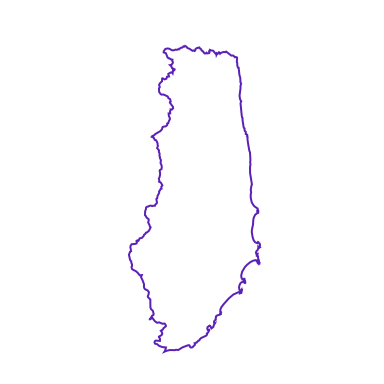 outline of Taolagnaro, Anosy, Madagascar, rotated 335°
{"feature_id": "10022922B85658862424992", "entity_name": "Taolagnaro", "entity_type": "district", "adm_level": 2, "iso_a3": "MDG", "parent_name": "Madagascar", "parent_adm1": "Anosy", "projection": "orthographic", "projection_center": [46.969, -24.588], "detail": "fine", "context": "isolated", "style": "outline", "palette": "violet", "viewbox_px": 384, "rotation_deg": 335, "n_neighbors": 0, "source": "geoboundaries", "source_scale": "gbopen_adm2", "svg_char_len": 6038}
<svg xmlns="http://www.w3.org/2000/svg" viewBox="0 0 384 384"><g transform="rotate(335 192 192)"><path d="M228.3,51.1L225.9,52.5L225.3,53.5L227.0,55.1L226.7,60.0L227.5,60.7L227.6,61.3L228.3,61.7L228.7,62.6L230.2,63.8L229.5,64.6L229.6,66.0L229.2,66.9L227.3,68.0L225.7,67.7L226.4,69.2L226.2,71.0L228.1,73.5L227.6,74.0L227.2,73.6L226.2,73.5L225.9,74.6L224.9,74.9L225.0,75.7L224.6,76.3L224.4,75.4L223.4,74.7L220.5,74.9L220.2,75.5L220.0,77.6L218.0,77.0L216.7,78.5L214.9,78.4L213.3,76.5L212.9,76.5L211.7,78.9L208.9,79.9L207.4,81.0L207.2,83.2L205.9,84.1L204.9,86.4L204.5,87.8L205.1,90.3L205.6,90.9L207.4,91.6L210.4,95.2L210.3,97.0L211.4,98.6L210.9,101.1L209.9,101.3L209.7,101.6L210.7,106.7L210.3,108.1L208.9,108.8L207.5,108.1L207.2,108.9L206.2,109.5L205.5,111.5L204.0,110.9L203.2,113.2L203.1,115.8L202.7,116.7L200.9,118.1L199.5,119.6L198.5,119.4L197.7,120.9L195.8,121.4L194.2,120.8L192.6,120.8L191.4,122.4L189.1,123.4L183.2,124.0L181.6,124.6L179.6,124.5L178.8,125.0L180.2,126.5L180.3,129.0L181.4,130.1L181.4,133.2L180.8,134.6L180.7,135.7L178.9,137.5L179.7,140.3L178.9,141.6L178.9,143.5L177.9,145.2L177.8,146.7L177.3,147.4L177.3,150.0L175.7,152.5L175.7,154.7L175.2,156.6L174.0,158.4L172.3,158.5L171.5,159.3L171.3,160.8L170.4,162.8L168.7,165.0L167.6,165.9L167.1,168.2L166.5,168.7L167.7,170.3L168.0,173.4L166.3,174.4L165.8,176.1L164.8,176.0L163.3,177.2L162.5,177.4L161.8,179.0L159.1,181.0L157.9,182.9L156.7,183.3L155.8,186.7L155.2,187.4L153.4,187.9L152.6,188.8L151.2,188.1L150.0,188.0L149.2,187.1L147.5,186.5L146.3,186.7L144.9,186.3L143.8,186.7L143.1,187.9L141.3,189.8L139.6,193.2L140.1,194.8L140.0,196.0L141.2,198.3L140.6,199.7L139.4,201.0L139.5,204.1L139.2,205.6L139.6,206.5L139.3,206.8L136.6,208.9L134.2,209.6L133.0,209.4L132.1,210.2L130.7,210.4L129.5,211.5L127.1,212.4L125.0,211.9L122.8,213.6L122.0,212.7L120.9,213.0L120.9,214.1L120.0,215.2L118.1,214.9L115.2,213.8L113.5,214.9L112.8,216.0L111.8,219.9L110.5,220.1L108.3,222.3L107.2,227.4L107.6,229.2L107.1,230.7L107.0,232.4L106.3,233.8L105.5,234.4L105.1,236.2L105.7,237.6L107.6,239.9L108.6,242.1L109.4,245.4L111.4,246.1L109.8,247.6L109.9,251.2L109.5,255.5L108.4,257.5L108.1,258.8L108.4,260.3L110.1,262.3L110.6,264.6L109.4,266.4L107.9,267.8L107.7,268.7L108.8,271.8L105.5,279.1L105.4,280.8L106.3,283.3L105.8,286.0L105.0,287.2L103.4,287.3L101.6,288.7L99.2,289.7L102.9,289.4L103.7,293.3L105.1,295.8L107.2,296.3L109.4,298.8L111.6,299.7L111.9,301.4L111.8,302.4L111.3,302.7L108.4,303.5L107.5,304.3L105.1,304.6L105.5,306.5L105.0,308.1L103.8,308.9L100.9,309.1L100.7,309.7L101.0,311.4L100.0,313.4L96.5,311.4L95.3,311.5L94.4,312.6L94.4,313.8L96.3,315.4L97.1,317.5L99.7,320.1L102.7,321.9L100.6,324.4L99.5,325.1L102.0,325.2L105.2,325.9L109.6,328.1L110.8,328.2L112.8,329.4L117.5,328.8L123.6,329.2L124.9,329.9L124.7,331.3L125.3,332.5L126.7,332.9L130.1,331.7L130.5,330.2L131.2,330.5L132.4,330.1L132.7,330.4L134.7,329.5L135.9,329.6L136.8,328.8L138.5,328.2L144.2,328.2L145.3,327.6L145.9,326.8L145.8,326.5L147.2,326.1L149.4,324.4L149.3,324.0L148.1,324.1L147.9,323.6L148.2,322.0L149.1,321.0L151.4,320.5L152.0,321.2L151.9,323.3L152.6,323.4L152.5,323.7L154.3,323.3L155.4,322.0L157.2,320.7L156.8,320.7L156.6,320.3L157.1,318.9L158.3,318.0L159.6,317.8L160.0,316.5L160.8,315.8L161.1,314.9L162.7,314.5L165.2,314.9L165.9,314.3L166.2,314.9L166.6,314.9L167.2,313.4L167.5,313.3L167.5,312.2L167.2,312.1L168.1,310.4L169.8,308.9L173.4,307.0L180.4,304.0L186.1,302.4L191.6,302.4L192.7,302.8L193.1,303.4L192.6,304.1L194.1,304.3L195.7,302.1L195.2,302.1L195.4,301.6L194.4,302.2L193.6,300.9L194.4,298.1L196.2,296.0L197.3,295.2L198.6,294.8L200.8,294.9L200.8,295.4L201.5,295.8L201.2,296.6L201.6,297.0L201.9,296.9L202.5,295.2L202.1,294.6L202.6,294.2L202.4,293.6L202.8,292.8L202.4,292.6L201.8,293.2L201.5,293.0L201.8,292.9L201.3,292.9L200.8,292.2L200.6,290.5L201.3,288.5L203.7,285.5L208.2,282.4L210.9,281.3L215.2,280.2L218.4,280.1L220.3,280.5L221.0,280.7L221.3,281.7L221.9,281.6L221.5,284.1L221.9,285.1L222.2,284.7L222.4,285.4L222.8,285.5L223.1,285.0L222.7,284.9L222.9,284.0L222.5,283.5L223.3,283.6L223.8,282.0L223.6,281.6L223.2,281.9L222.9,281.7L223.8,280.8L224.1,279.5L223.4,279.3L224.1,279.2L224.5,278.8L224.6,277.5L224.0,277.3L225.1,276.0L224.6,276.0L225.0,275.5L224.7,275.1L224.2,275.1L224.2,274.2L225.3,272.9L227.0,272.3L228.5,270.7L228.9,269.8L229.2,270.8L229.7,270.5L229.8,270.9L230.3,270.8L230.1,270.3L231.3,268.7L231.5,267.4L231.0,266.9L231.1,265.8L230.7,265.3L230.2,265.9L229.4,265.8L228.4,264.7L227.9,264.0L227.5,261.7L227.8,258.8L229.2,253.7L230.1,251.9L233.5,247.3L236.0,242.8L237.2,241.3L239.7,239.3L242.5,238.7L243.1,238.9L243.4,238.4L242.7,238.1L243.0,236.8L243.7,236.7L243.8,237.3L244.1,237.2L244.2,236.3L243.8,235.9L244.5,234.7L242.5,231.4L241.9,228.5L241.8,226.4L242.8,222.0L244.1,219.2L245.5,217.2L246.1,215.0L248.2,211.8L249.5,210.5L252.7,199.2L255.3,193.6L256.7,191.7L257.1,190.0L258.5,187.6L261.3,180.6L261.4,178.8L263.1,172.5L264.4,168.2L265.1,166.4L265.6,165.9L265.4,164.6L265.9,164.3L266.2,163.6L265.6,162.2L265.3,162.1L266.2,160.0L265.8,159.4L265.7,158.2L266.5,156.6L266.2,156.1L266.2,155.0L268.3,147.9L269.1,146.3L268.9,145.4L269.6,143.1L273.4,132.3L274.5,130.8L274.9,130.7L274.8,128.0L275.8,124.8L279.8,118.5L280.7,116.5L282.4,114.4L282.2,113.3L284.1,108.6L284.4,106.1L286.8,99.1L286.2,98.6L286.5,96.5L287.5,94.4L287.5,93.2L289.6,89.5L289.5,88.8L288.4,88.0L287.9,88.1L287.0,85.7L285.3,85.0L282.3,79.2L281.3,79.4L280.0,78.5L276.8,78.1L275.9,78.5L275.9,77.8L275.4,77.6L275.6,76.9L275.3,76.7L274.7,77.2L273.8,77.2L273.5,77.6L273.0,77.4L272.1,78.1L272.6,76.4L271.7,76.4L270.9,72.9L268.9,71.6L268.3,70.7L267.0,71.7L267.2,72.2L266.8,73.0L266.2,73.4L264.4,72.8L264.0,71.9L263.2,72.3L261.9,71.7L261.5,70.3L261.6,69.6L260.5,67.8L260.7,66.9L260.2,65.5L259.6,65.0L259.7,64.1L257.3,63.6L255.5,64.0L254.7,65.1L253.9,65.3L253.3,64.4L252.2,64.3L250.2,61.1L248.7,59.6L248.4,58.0L247.5,56.7L246.8,57.1L246.3,57.0L245.8,56.4L244.5,57.0L242.9,56.6L242.1,56.9L241.0,56.7L240.4,57.2L239.4,56.7L238.5,56.8L237.0,55.9L235.9,56.0L234.0,55.3L231.8,52.4L230.3,51.5L228.3,51.1Z" fill="none" stroke="#5b21b6" stroke-width="2"/></g></svg>